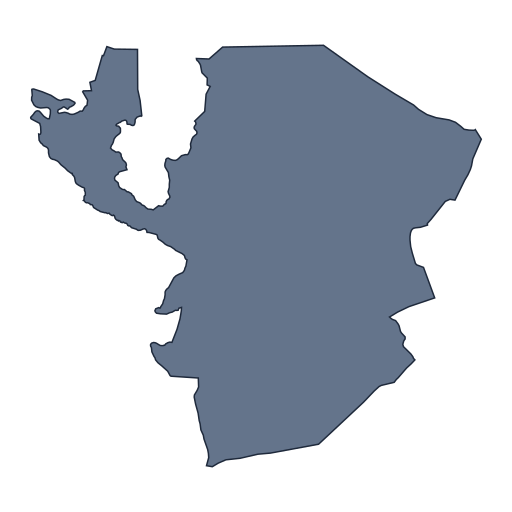 Pantelhó, Chiapas, Mexico (Albers equal-area conic projection)
{"feature_id": "50627088B92508189730376", "entity_name": "Pantelhó", "entity_type": "district", "adm_level": 2, "iso_a3": "MEX", "parent_name": "Mexico", "parent_adm1": "Chiapas", "projection": "albers", "projection_center": [-92.505, 17.051], "detail": "fine", "context": "isolated", "style": "filled", "palette": "slate", "viewbox_px": 512, "rotation_deg": 0, "n_neighbors": 0, "source": "geoboundaries", "source_scale": "gbopen_adm2", "svg_char_len": 5953}
<svg xmlns="http://www.w3.org/2000/svg" viewBox="0 0 512 512"><path d="M475.3,129.6L474.8,130.1L473.5,130.3L469.0,130.1L464.1,129.3L460.6,126.2L455.5,122.3L449.1,119.9L436.1,117.7L427.0,114.6L418.6,109.4L413.6,105.0L395.1,94.1L367.7,76.7L323.5,45.3L222.6,47.1L209.0,59.0L196.4,58.5L196.6,59.7L197.3,60.7L198.1,61.2L199.9,63.9L200.5,65.2L201.7,71.7L202.1,72.9L207.3,78.1L207.1,84.9L210.2,86.4L206.1,94.2L204.7,111.4L194.7,121.1L195.6,122.0L196.0,123.9L195.8,124.5L194.4,126.4L194.1,127.8L194.4,128.8L196.7,131.3L197.0,132.9L196.5,134.3L195.0,135.3L193.1,137.0L192.0,139.0L190.5,144.0L190.9,147.6L190.7,148.4L188.9,152.7L188.0,154.3L187.2,154.7L185.4,154.6L181.5,155.7L178.4,158.7L177.0,159.8L175.5,160.4L173.0,160.2L170.5,159.4L168.3,158.1L167.1,158.3L165.9,159.4L165.8,160.8L165.0,163.4L164.8,165.4L165.1,167.0L168.4,172.6L168.9,176.8L169.7,180.2L169.3,184.1L169.3,187.4L168.1,191.6L168.5,193.3L169.8,196.1L169.9,197.3L168.8,199.1L168.0,199.3L166.8,200.3L166.1,201.8L166.1,203.0L165.8,203.6L165.1,204.1L164.5,204.2L162.9,206.0L162.6,206.2L160.2,206.1L158.6,205.7L153.2,209.9L151.3,209.3L148.0,209.1L146.0,207.7L144.6,206.2L143.6,205.5L142.4,205.2L141.3,204.3L140.9,203.6L139.6,202.7L136.7,201.6L135.2,199.8L133.7,196.3L131.7,194.6L131.5,193.7L128.4,191.9L127.1,191.8L124.4,189.5L123.2,189.6L122.1,189.2L119.6,187.5L118.7,185.8L118.1,182.8L114.9,180.1L114.5,178.3L114.8,176.9L115.9,175.4L118.1,174.0L118.4,172.8L119.4,171.8L127.0,169.7L125.9,166.9L126.4,165.3L126.3,164.2L125.7,162.6L122.6,159.6L122.0,157.8L121.3,156.7L121.0,154.1L120.1,153.0L118.7,152.0L115.8,152.1L113.5,150.5L112.4,150.1L110.5,148.1L111.5,145.3L112.4,144.1L113.2,142.3L114.1,139.0L114.7,138.1L115.9,136.5L117.9,134.8L118.6,134.4L120.3,132.7L120.5,131.2L120.4,128.3L120.1,127.8L119.5,127.5L119.4,127.1L118.7,126.2L116.6,125.9L116.2,125.6L116.0,125.1L116.6,124.2L119.7,122.4L120.2,122.4L121.8,121.1L124.9,120.1L125.8,120.3L126.6,121.1L127.0,122.6L127.0,123.8L127.3,124.2L130.2,124.4L131.3,125.2L132.5,125.5L133.5,125.4L134.0,125.1L134.6,124.0L135.1,122.0L135.1,120.0L135.4,119.1L137.1,117.1L140.4,115.9L141.1,116.3L141.8,115.8L140.1,100.5L137.7,89.4L137.5,49.4L114.3,49.1L106.9,46.6L103.5,55.7L102.3,55.5L95.2,80.4L89.9,82.3L91.5,90.7L83.3,90.9L82.7,91.8L87.6,100.2L87.0,105.2L85.3,106.4L84.0,108.2L83.3,109.8L82.2,111.2L80.1,111.1L78.2,112.3L74.1,114.1L72.1,114.4L69.7,114.1L68.4,113.3L65.9,112.5L64.4,112.3L59.0,113.4L57.9,112.5L57.7,111.5L58.2,109.9L61.5,108.3L63.4,106.9L64.3,107.0L67.6,109.2L68.5,108.6L69.3,107.3L71.1,106.6L73.6,105.1L75.0,103.4L74.8,102.4L69.1,99.3L66.1,99.1L63.7,99.4L60.6,100.5L58.4,99.9L56.8,99.1L51.1,95.4L42.3,91.8L33.7,89.0L32.5,89.1L31.9,89.3L31.8,89.8L32.3,95.6L31.7,97.2L31.6,100.2L33.9,104.8L35.7,106.5L37.8,107.4L40.6,108.0L46.7,107.5L48.4,107.8L50.0,109.3L50.4,110.3L50.3,113.9L49.3,118.7L47.9,118.8L46.4,118.1L43.7,116.2L40.3,112.2L39.1,111.1L37.4,110.8L36.2,111.1L34.7,112.4L33.5,114.2L30.7,117.3L30.8,118.3L31.2,118.9L39.7,123.4L40.6,126.6L40.9,132.6L40.4,134.1L39.4,134.4L38.7,134.1L39.1,140.2L40.5,142.5L41.3,143.4L41.9,143.7L43.4,145.6L46.5,147.1L47.5,147.9L48.2,148.9L48.5,150.3L48.5,152.9L49.4,156.6L50.9,158.5L52.6,159.3L54.3,159.6L57.3,161.0L58.6,162.0L61.0,164.8L65.1,168.1L67.6,170.7L71.1,173.2L72.3,173.4L72.2,174.4L73.9,176.2L74.6,177.6L75.3,181.4L75.8,182.8L76.6,183.8L78.6,185.2L82.4,187.3L83.7,187.6L84.3,188.1L84.6,188.8L84.4,190.1L85.3,192.4L85.3,195.2L84.5,195.8L84.1,196.6L84.0,199.7L83.4,200.5L84.2,200.7L85.4,202.3L86.5,202.8L87.5,202.7L89.7,203.6L90.3,204.6L92.0,204.7L92.7,205.4L93.6,207.5L97.5,210.0L99.4,210.8L100.1,211.5L105.1,212.8L105.5,212.6L106.5,212.9L107.3,213.5L109.2,213.2L109.9,214.2L111.7,215.4L112.8,215.6L113.4,215.1L114.4,215.8L115.2,218.4L115.8,219.2L117.3,220.4L118.0,220.3L118.5,221.0L119.2,220.7L120.0,221.1L120.5,222.1L121.5,222.2L122.1,222.7L123.4,222.1L124.4,222.9L126.5,223.4L127.4,224.4L127.7,225.3L128.4,225.8L129.8,225.9L131.6,227.7L136.6,229.3L137.4,230.0L138.3,230.4L140.5,230.2L142.9,229.1L144.5,228.7L145.7,229.3L146.6,230.5L147.0,232.4L149.1,232.5L156.2,234.4L157.2,235.1L157.8,238.0L158.6,239.3L159.9,240.0L162.9,242.1L165.2,244.2L167.5,245.5L170.7,246.6L174.6,249.3L175.6,250.4L182.1,253.6L184.4,255.5L185.0,257.7L185.6,259.0L187.0,259.8L185.9,266.1L185.0,268.0L184.4,270.3L182.7,272.6L179.0,274.2L176.0,275.8L173.9,277.8L168.6,287.6L166.9,289.0L165.7,290.5L165.1,292.0L165.1,294.8L164.4,298.9L163.6,300.4L162.7,303.8L160.8,306.6L160.2,308.0L159.7,308.1L158.7,307.6L155.7,308.8L154.9,310.8L155.3,311.9L156.5,313.2L160.4,313.8L166.6,314.1L169.7,312.7L172.2,312.1L175.3,310.3L177.1,310.4L178.2,310.2L178.9,308.2L181.5,307.4L181.3,311.0L180.0,318.8L177.0,329.4L171.9,342.4L169.9,342.1L168.4,342.5L167.3,342.9L166.9,343.3L165.8,343.8L164.6,345.3L164.0,345.2L163.2,345.6L161.3,345.6L160.0,345.4L156.4,343.2L155.0,342.7L153.6,342.5L151.7,343.1L150.7,344.2L150.5,345.0L150.7,346.3L151.4,347.5L151.9,351.9L154.1,356.6L154.9,357.6L155.6,359.9L158.0,362.8L161.7,365.8L167.7,371.2L170.1,375.6L171.0,376.2L198.3,378.0L198.6,387.0L197.2,390.3L194.4,395.0L194.2,397.1L195.6,404.1L198.1,413.1L199.2,420.6L200.1,423.8L200.9,429.9L203.3,435.2L204.0,439.0L207.7,449.6L208.4,453.4L208.7,457.6L206.5,465.7L212.3,466.7L218.3,463.1L225.9,459.8L240.0,458.3L257.8,454.2L270.4,453.1L318.6,444.2L363.5,402.2L374.0,391.2L379.0,386.6L381.3,385.4L394.2,382.3L396.3,379.5L398.2,377.7L406.6,368.0L411.1,363.9L414.9,359.9L413.5,358.4L412.9,356.8L410.9,354.0L403.5,346.7L402.8,344.3L403.8,340.8L405.1,339.0L405.1,336.9L401.4,332.9L400.5,331.4L399.1,325.9L398.2,324.1L395.6,320.6L392.4,319.4L391.0,318.4L389.5,317.0L397.6,312.1L409.0,306.6L434.7,297.9L423.5,267.4L416.8,264.9L415.4,263.4L412.3,253.1L410.7,246.7L410.0,240.1L410.0,236.6L410.5,232.9L411.2,230.9L412.0,229.5L413.4,228.3L415.5,227.8L420.4,227.3L427.5,225.1L427.3,223.5L431.0,219.4L445.3,201.4L449.9,199.3L455.0,200.1L464.7,180.2L467.9,174.8L470.3,169.6L471.5,165.9L472.8,158.9L481.3,139.2L475.3,129.6Z" fill="#64748b" stroke="#1e293b" stroke-width="1.5"/></svg>